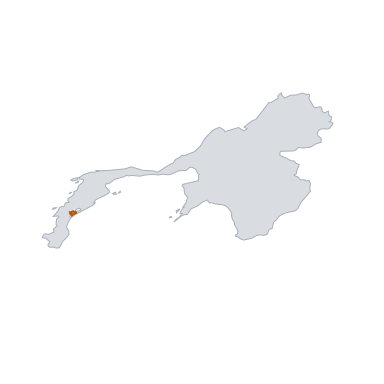 Pak Phayun, Thailand shown in context, rotated 71°
{"feature_id": "78962969B11812729202220", "entity_name": "Pak Phayun", "entity_type": "district", "adm_level": 2, "iso_a3": "THA", "parent_name": "Thailand", "parent_adm1": "", "projection": "equal_earth", "projection_center": [100.293, 7.38], "detail": "fine", "context": "in_parent", "style": "filled", "palette": "amber", "viewbox_px": 384, "rotation_deg": 71, "n_neighbors": 0, "source": "geoboundaries", "source_scale": "gbopen_adm2", "svg_char_len": 4777}
<svg xmlns="http://www.w3.org/2000/svg" viewBox="0 0 384 384"><g transform="rotate(71 192 192)"><path d="M170.2,37.8L170.4,39.3L171.7,37.3L173.2,36.3L176.3,40.7L176.7,42.5L174.4,49.4L174.8,51.8L176.2,53.7L178.0,54.8L179.8,54.5L183.3,52.5L187.1,53.8L186.8,58.3L188.2,65.7L186.4,73.2L184.5,76.8L186.0,80.1L186.1,83.1L182.4,94.8L183.1,95.7L185.5,97.0L186.4,96.6L190.3,92.0L194.5,88.4L195.9,85.4L198.6,84.4L201.0,81.7L206.5,86.4L208.0,86.8L208.7,87.6L209.0,89.6L209.7,89.9L212.0,87.2L215.8,85.5L217.3,81.4L219.0,80.3L218.8,78.3L219.4,77.5L222.5,77.3L227.3,79.5L228.9,79.9L229.7,79.4L237.3,92.4L242.2,97.4L243.4,100.7L242.3,109.5L242.5,114.4L243.6,118.2L245.6,120.9L247.2,124.7L252.8,128.3L252.4,129.3L252.8,131.6L256.3,134.4L256.6,135.3L256.2,138.8L254.6,141.5L254.3,143.7L254.3,146.4L255.2,150.5L254.2,159.0L252.1,161.4L249.4,163.1L247.9,165.4L246.8,164.9L246.3,162.5L243.3,161.2L237.5,162.4L234.6,161.9L230.8,162.7L227.0,162.3L224.8,161.3L218.5,163.2L215.8,164.9L213.9,167.4L211.1,173.6L208.2,177.4L208.3,179.0L204.7,180.0L204.9,185.3L207.0,191.1L207.6,198.4L211.6,203.6L210.9,207.2L211.4,210.7L214.5,218.9L212.2,215.0L211.8,212.4L209.1,208.3L208.3,210.3L205.2,207.3L203.8,204.3L203.4,205.6L200.3,201.3L197.1,199.0L195.4,198.0L191.0,199.5L185.4,198.3L183.2,199.4L182.3,198.8L181.8,197.5L183.4,182.3L178.5,180.4L177.7,179.4L176.6,180.5L171.9,181.1L168.5,183.9L168.0,186.3L169.6,190.4L167.6,198.0L168.3,205.1L168.0,209.0L165.6,214.0L165.0,218.0L162.3,224.0L160.5,231.7L160.1,236.2L156.9,243.1L156.1,246.9L155.0,248.4L155.4,251.4L154.9,260.9L156.9,267.7L156.3,270.9L158.6,272.0L163.8,269.8L165.6,270.4L166.7,274.1L168.0,285.3L170.2,288.7L170.8,287.0L171.8,288.8L172.6,292.1L175.4,309.8L176.8,314.4L175.1,313.3L174.2,307.7L172.7,307.5L173.2,303.9L172.2,302.7L170.7,303.7L170.7,306.4L174.9,315.2L177.5,315.5L180.8,319.4L184.3,322.2L188.8,321.2L192.0,322.1L193.8,324.5L196.8,330.5L201.6,335.5L200.8,338.6L198.9,341.1L198.0,344.4L196.6,345.4L194.9,345.4L192.9,342.7L188.1,345.2L187.1,347.8L185.9,348.5L183.8,345.6L183.9,344.0L185.3,341.6L184.9,335.5L182.1,335.4L180.1,330.8L179.5,330.4L178.2,331.1L173.6,328.9L172.3,326.1L171.0,326.3L170.0,331.2L166.1,324.6L163.3,321.9L163.7,317.0L161.8,315.9L161.1,314.6L161.8,311.7L159.2,312.1L158.0,311.3L156.5,306.0L155.2,303.9L153.5,303.9L153.0,302.9L153.1,300.3L148.9,296.6L147.6,292.4L145.6,290.5L144.4,291.1L143.1,294.1L142.1,293.9L141.3,293.0L140.2,288.8L140.3,281.5L141.6,277.2L142.4,270.3L144.3,264.5L148.3,247.7L148.5,241.1L155.4,231.6L159.9,220.9L161.4,219.3L162.1,217.3L159.7,208.6L158.6,202.6L158.8,201.0L155.9,196.9L155.2,192.2L154.4,190.8L154.1,189.2L155.2,186.5L154.6,176.2L151.4,169.2L145.7,162.6L140.7,153.0L140.0,149.6L139.9,144.8L144.0,141.6L145.6,141.4L146.2,127.0L149.7,124.2L150.5,123.1L150.8,120.6L150.0,119.3L147.7,121.6L147.3,121.1L144.5,112.7L143.9,107.5L132.5,90.3L133.0,87.4L131.4,80.0L129.7,79.9L128.6,78.6L127.4,75.2L129.6,75.7L133.2,73.8L132.6,66.6L134.2,62.5L134.4,55.6L137.1,51.6L137.5,49.6L139.0,49.3L141.0,50.8L143.0,50.8L151.5,49.1L152.6,47.2L153.1,43.5L153.9,42.3L155.8,42.0L158.0,42.7L160.3,41.2L159.9,36.8L163.9,37.6L166.6,35.5L170.2,37.8ZM143.3,296.0L142.7,301.5L141.1,302.7L140.6,299.5L141.5,294.3L142.0,295.5L143.3,296.0ZM169.3,264.0L169.0,266.7L167.6,267.5L167.2,264.6L169.3,264.0ZM204.8,209.6L206.5,213.4L204.5,213.0L204.1,209.4L204.8,209.6ZM162.8,329.5L161.9,327.9L162.7,325.4L163.4,328.5L162.8,329.5ZM146.0,296.6L145.6,299.6L144.8,295.6L146.0,296.6ZM169.3,261.6L168.6,261.3L167.9,259.6L168.9,259.6L169.3,261.6ZM153.0,305.6L153.9,309.2L152.9,307.5L153.0,305.6ZM209.3,219.5L209.1,221.7L208.2,220.8L208.7,219.2L209.3,219.5ZM141.4,274.8L140.4,275.6L141.2,273.5L141.4,274.8Z" fill="#d9dde1" stroke="#a8b0b8" stroke-width="1"/><path d="M171.2,310.9L171.5,311.5L171.8,311.7L171.8,311.8L172.0,312.2L172.2,312.6L172.2,312.8L171.9,312.9L171.9,313.0L171.7,313.1L171.6,313.3L171.5,313.5L171.4,313.4L171.4,313.5L171.3,313.8L171.5,313.7L171.6,313.8L171.7,313.7L171.8,313.7L171.9,313.8L172.0,313.9L172.0,314.0L172.1,314.3L172.2,314.2L172.3,314.2L172.5,314.0L172.8,314.1L173.0,314.1L173.1,314.3L173.3,314.3L173.3,314.2L173.5,314.1L173.6,313.9L173.6,313.7L173.6,313.4L173.8,313.3L173.9,313.2L173.8,312.9L174.0,312.8L174.1,312.7L174.1,312.8L174.1,312.7L174.2,312.8L174.2,313.0L174.3,313.0L174.2,313.2L174.2,313.3L174.3,313.3L174.4,313.5L174.5,313.5L174.7,313.4L174.8,313.3L174.9,313.2L175.0,313.2L174.9,313.1L174.9,312.9L175.0,312.8L175.0,312.7L174.9,312.5L174.8,312.4L174.7,312.2L174.7,311.9L174.6,311.5L174.5,311.2L174.5,310.7L174.4,310.5L174.3,310.4L174.2,310.2L174.3,308.6L174.3,308.3L173.8,308.0L173.1,308.5L172.9,308.6L172.5,308.6L172.5,309.0L172.6,309.9L172.3,310.3L172.1,310.4L171.8,310.4L171.7,310.5L171.4,310.7L171.3,310.8L171.2,310.8L171.2,310.9Z" fill="#f59e0b" stroke="#b45309" stroke-width="1.5"/></g></svg>